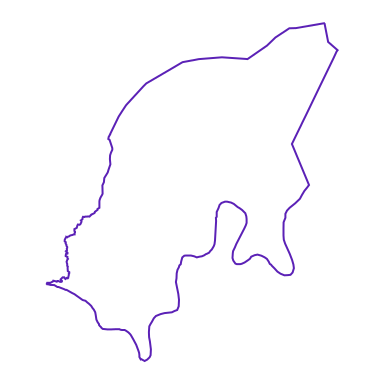 the district of Wuli West, Upper River, Gambia
{"feature_id": "56634734B48610519572764", "entity_name": "Wuli West", "entity_type": "district", "adm_level": 2, "iso_a3": "GMB", "parent_name": "Gambia", "parent_adm1": "Upper River", "projection": "orthographic", "projection_center": [-14.204, 13.433], "detail": "fine", "context": "isolated", "style": "outline", "palette": "violet", "viewbox_px": 384, "rotation_deg": 0, "n_neighbors": 0, "source": "geoboundaries", "source_scale": "gbopen_adm2", "svg_char_len": 4273}
<svg xmlns="http://www.w3.org/2000/svg" viewBox="0 0 384 384"><path d="M46.6,284.3L46.4,284.6L46.9,284.3L47.8,284.2L50.4,284.9L54.3,285.1L57.4,287.0L58.5,287.0L64.0,289.1L65.6,289.9L66.6,289.9L71.9,292.9L74.5,294.2L76.7,295.8L82.6,300.0L85.5,300.8L87.0,302.2L87.6,302.7L88.9,303.7L91.2,305.9L92.5,308.0L93.8,309.6L95.2,312.2L95.7,314.9L96.4,319.6L97.7,322.3L99.0,324.1L99.0,324.9L99.8,326.0L100.9,327.0L101.4,327.8L102.7,328.9L107.4,329.4L111.1,329.4L115.7,329.2L115.8,329.2L119.5,329.2L120.3,329.7L121.9,330.0L123.4,330.0L124.7,330.0L126.1,330.8L128.4,332.4L130.0,334.0L130.8,335.0L133.1,339.0L136.2,344.8L138.3,350.4L139.1,352.8L139.4,355.1L139.4,357.0L140.7,359.4L141.2,359.1L144.6,361.0L147.2,359.6L149.6,357.3L150.6,355.2L150.9,349.4L149.9,341.4L149.1,337.2L148.9,332.2L149.3,326.3L150.6,323.9L151.9,321.8L153.8,318.3L155.9,316.0L160.6,314.1L164.5,313.1L171.9,312.3L174.5,311.0L177.2,310.0L178.7,306.3L179.0,299.9L178.3,293.9L177.5,289.9L175.9,282.0L176.5,278.3L176.7,273.3L177.5,269.8L178.9,267.2L179.1,266.3L179.4,265.4L180.7,264.3L181.2,261.4L182.3,257.4L184.3,255.7L186.1,255.5L187.7,255.5L190.8,255.5L194.2,256.3L196.9,257.4L197.7,257.1L200.0,256.6L201.9,256.3L204.2,255.3L205.8,254.2L207.1,253.7L209.2,252.6L210.0,251.3L211.8,249.5L213.7,246.3L214.5,244.2L215.0,240.5L216.1,221.0L215.9,217.8L216.7,216.8L216.7,214.6L216.7,212.0L218.5,208.1L219.6,204.9L221.1,203.4L221.4,203.0L224.9,201.7L227.2,201.7L229.8,202.3L230.9,202.5L233.8,203.9L237.7,207.1L239.5,208.1L242.1,210.0L244.2,212.1L245.3,213.2L246.3,216.3L246.6,219.0L246.6,222.9L245.8,225.3L244.2,228.7L236.3,244.0L234.9,247.4L233.1,251.1L232.8,253.2L232.5,258.0L233.3,260.6L235.4,263.6L236.7,264.1L240.4,264.1L241.7,263.8L244.6,262.5L248.0,260.2L249.9,258.8L251.2,256.7L254.6,255.2L257.5,254.6L261.4,255.7L264.6,257.3L266.9,258.9L268.7,261.6L269.8,263.9L271.1,264.7L271.9,265.8L274.5,268.4L277.4,271.6L280.5,273.7L284.4,275.3L288.1,275.1L290.5,274.8L292.6,272.5L293.9,268.2L293.4,264.5L292.1,260.0L289.8,254.0L285.1,243.6L283.8,239.7L283.5,235.5L283.5,228.1L283.6,222.3L284.5,220.0L284.8,219.3L285.4,217.8L285.4,213.8L287.0,210.6L289.6,207.8L295.2,203.3L299.9,198.8L302.0,194.9L304.4,190.9L307.0,187.7L309.0,185.0L297.8,158.1L297.7,157.9L294.6,150.4L292.0,144.2L291.9,144.0L299.7,128.0L300.7,126.0L301.5,124.3L302.3,122.6L305.8,115.5L319.4,87.3L333.6,58.0L336.6,51.5L337.6,50.2L328.1,41.9L328.0,41.2L324.5,23.2L324.9,23.1L295.9,28.1L289.3,28.3L275.4,37.5L272.0,40.8L271.9,40.9L266.9,45.7L265.7,46.5L255.9,53.3L247.5,59.1L245.4,58.9L221.9,57.3L199.1,59.1L198.4,59.2L192.8,60.3L191.5,60.5L187.8,61.2L183.4,62.0L182.5,62.2L180.1,63.6L176.2,65.9L146.3,83.4L143.4,86.3L131.0,99.8L129.3,101.7L127.5,103.6L126.0,105.3L122.3,110.9L118.7,116.5L110.0,134.4L110.1,134.5L108.7,136.9L108.3,139.0L108.6,139.2L109.6,139.9L112.3,148.1L112.3,149.8L111.0,152.6L110.1,155.3L109.9,159.1L110.4,164.3L108.5,169.8L107.7,172.5L104.3,178.0L103.9,182.2L102.4,185.4L102.5,188.9L102.5,189.6L102.6,193.6L102.3,194.5L100.5,197.6L99.6,200.0L99.4,201.4L99.4,207.8L97.5,209.0L97.5,209.9L94.9,211.8L94.9,212.2L94.5,213.0L93.3,213.7L91.4,214.5L90.9,215.0L91.0,215.1L90.4,215.6L89.5,216.6L88.0,216.4L87.2,216.6L85.1,216.6L84.6,217.0L83.0,216.8L82.5,218.1L82.5,219.1L81.3,220.2L80.9,220.4L81.5,221.2L81.3,222.3L80.3,224.3L79.4,224.8L78.4,224.6L77.9,224.5L77.3,225.6L77.1,226.6L77.0,227.0L76.7,227.9L74.4,229.1L74.4,231.0L75.0,231.7L75.0,232.5L74.6,233.1L74.6,234.4L73.8,234.4L72.3,235.0L70.9,235.3L70.2,235.5L69.2,236.3L67.9,236.7L67.3,237.3L66.4,236.9L66.4,237.0L66.0,237.4L65.6,238.0L65.2,238.8L64.7,239.9L64.7,240.3L64.7,241.4L65.8,242.2L65.6,243.5L66.4,244.7L66.4,245.8L67.2,246.9L67.2,247.9L66.8,248.5L67.0,250.2L66.0,251.1L66.6,251.5L67.6,253.0L67.4,253.6L66.2,253.4L65.7,255.3L65.7,256.1L66.4,256.4L67.4,256.8L67.4,257.4L67.4,258.0L68.0,258.9L67.2,259.9L67.0,260.8L66.6,261.4L66.8,262.9L67.2,263.8L67.2,265.9L67.8,266.5L67.6,267.8L67.8,271.1L69.3,272.2L69.2,273.5L68.8,273.7L68.8,274.5L68.8,275.0L68.2,277.5L68.2,277.9L67.8,278.3L67.3,278.3L66.7,277.9L66.3,278.1L65.5,279.0L64.6,278.3L64.2,277.3L62.7,277.3L61.9,278.1L60.6,279.4L60.8,280.0L61.9,280.8L61.9,281.5L61.2,281.9L60.2,281.9L58.3,281.0L57.3,281.0L56.8,281.7L55.4,281.2L53.3,280.7L53.0,281.4L50.4,282.8L47.2,282.8L46.6,284.3Z" fill="none" stroke="#5b21b6" stroke-width="2"/></svg>